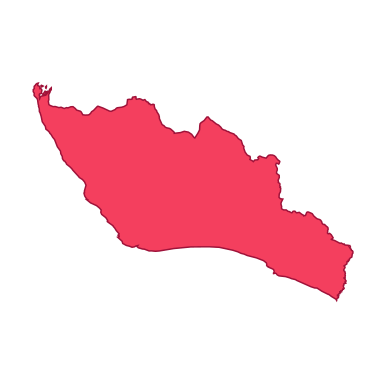 Jembrana, Bali, Indonesia, rotated 3°
{"feature_id": "22746128B85592790675198", "entity_name": "Jembrana", "entity_type": "district", "adm_level": 2, "iso_a3": "IDN", "parent_name": "Indonesia", "parent_adm1": "Bali", "projection": "orthographic", "projection_center": [114.641, -8.314], "detail": "fine", "context": "isolated", "style": "filled", "palette": "rose", "viewbox_px": 384, "rotation_deg": 3, "n_neighbors": 0, "source": "geoboundaries", "source_scale": "gbopen_adm2", "svg_char_len": 5978}
<svg xmlns="http://www.w3.org/2000/svg" viewBox="0 0 384 384"><g transform="rotate(3 192 192)"><path d="M45.0,99.7L45.1,98.8L46.1,97.2L46.0,95.3L44.7,96.6L43.5,99.4L40.9,103.0L36.1,104.3L35.7,104.7L35.6,105.3L34.8,106.1L35.1,106.8L35.0,107.0L34.7,105.9L35.3,105.1L34.5,104.0L34.4,102.4L34.0,102.2L34.4,102.2L35.0,101.8L35.5,101.9L36.8,101.3L36.4,100.5L36.8,98.1L36.3,97.3L35.5,96.7L35.6,96.1L34.7,96.5L34.8,95.9L34.4,95.4L34.4,94.5L32.4,93.8L32.2,93.1L32.8,91.3L31.6,91.7L30.3,92.8L29.8,93.9L29.1,94.4L28.8,95.3L29.1,97.0L28.1,98.0L28.2,100.1L29.3,101.7L29.2,103.6L29.6,104.3L32.3,106.7L33.0,108.2L33.8,112.4L34.3,113.6L34.2,114.3L35.1,116.7L35.4,119.8L36.1,120.7L37.4,124.3L38.8,129.7L42.1,134.1L42.8,136.9L45.0,138.4L46.4,139.7L47.0,140.8L48.2,141.9L50.0,144.6L52.0,146.8L55.2,153.9L58.5,158.0L59.0,160.7L60.6,163.3L60.9,165.5L61.8,166.8L62.4,167.6L63.2,167.8L64.8,169.7L65.3,170.8L68.7,173.2L70.7,175.0L71.9,176.5L78.2,182.7L78.6,183.4L82.0,185.3L84.2,187.6L85.8,190.8L84.5,196.7L84.7,198.3L84.3,198.4L84.2,198.9L85.1,201.6L87.1,204.5L87.7,204.8L87.0,205.0L91.3,208.2L97.4,210.6L100.5,212.9L101.8,214.3L102.2,214.7L102.0,217.1L103.0,219.1L107.2,222.1L109.1,224.5L109.3,225.3L108.9,225.6L109.1,226.1L115.0,229.9L115.1,230.4L116.7,232.0L118.4,234.5L121.4,237.6L121.0,238.5L120.4,239.0L121.2,239.9L121.4,239.7L121.6,240.4L120.1,241.0L124.8,244.9L125.5,247.0L129.2,248.8L132.3,249.4L135.0,250.3L137.3,249.8L138.9,248.8L140.7,248.3L140.0,249.4L141.3,250.5L145.4,251.5L147.5,251.6L152.3,253.1L154.4,252.9L158.6,253.1L162.4,252.6L176.8,249.4L193.7,246.9L206.6,246.1L212.8,245.8L222.1,245.8L235.8,248.0L241.1,249.4L244.2,250.7L247.3,251.3L250.4,252.5L259.8,254.4L267.0,256.8L269.9,258.8L270.4,260.1L270.4,261.4L270.9,262.1L271.6,262.7L272.2,262.6L272.2,262.9L272.7,263.2L276.7,264.7L277.6,265.3L278.2,267.0L278.2,267.7L277.6,268.7L277.7,269.2L279.6,268.7L280.5,269.2L281.4,270.3L283.3,271.2L289.9,271.6L294.0,272.6L295.8,273.3L300.1,274.1L300.9,274.7L315.8,280.4L319.5,281.4L321.9,281.4L326.9,284.3L333.4,287.1L333.8,287.0L336.7,289.0L341.3,291.5L342.1,292.7L342.2,292.3L341.9,291.6L343.0,290.1L343.7,289.9L343.9,288.9L343.7,288.5L342.7,288.1L342.7,287.4L343.9,287.4L343.6,286.5L343.8,286.1L344.8,285.8L344.7,285.3L345.3,285.0L344.8,284.3L344.8,283.9L346.1,283.9L345.7,283.3L345.8,282.9L347.1,282.8L347.6,281.1L348.4,281.2L349.0,280.1L348.4,279.4L348.1,278.4L348.1,277.4L348.6,276.9L348.4,276.1L348.6,275.6L350.3,275.1L349.5,273.9L350.4,273.5L350.4,272.4L349.7,271.8L349.4,270.7L348.5,270.3L348.3,269.9L349.4,269.5L349.2,269.1L349.5,267.4L349.1,266.8L349.4,265.1L348.7,263.7L348.8,263.3L347.7,262.6L347.6,261.7L348.6,259.8L348.8,259.0L347.7,257.9L350.4,255.7L350.5,253.4L351.7,253.3L351.9,252.9L351.6,252.1L352.7,251.7L352.8,251.2L352.6,250.8L353.3,249.8L355.0,248.6L355.3,245.5L355.9,244.6L355.8,243.1L355.3,242.3L354.3,242.0L354.0,240.8L353.0,240.3L352.8,239.5L352.4,239.2L353.1,238.6L352.4,237.2L351.1,237.3L351.0,237.5L350.7,237.0L347.6,237.0L346.6,235.9L346.1,236.3L343.6,235.1L342.5,235.5L337.0,233.0L333.6,232.1L333.7,231.7L334.8,231.2L335.3,230.3L333.3,227.4L331.6,226.1L330.2,226.6L329.4,225.9L329.6,223.8L329.4,223.3L329.9,222.3L329.7,220.7L329.2,220.0L327.6,218.9L327.0,218.2L326.4,218.0L326.1,217.5L324.8,217.5L323.7,216.7L322.9,214.6L321.8,213.3L320.8,212.8L318.6,212.3L317.7,211.8L315.0,209.7L313.2,207.4L312.6,207.1L309.3,205.9L308.5,205.9L307.6,206.4L306.6,209.4L306.1,209.7L305.3,209.6L304.9,210.0L304.0,209.0L302.9,208.6L300.2,206.7L297.6,207.3L297.1,207.1L295.8,205.8L294.7,205.8L293.8,206.1L293.2,207.3L292.3,207.5L290.1,206.4L288.9,206.3L287.1,205.0L284.4,205.1L282.7,204.3L282.2,203.4L282.3,201.9L281.4,199.1L281.7,197.5L283.1,194.3L280.6,194.1L279.2,192.8L279.2,190.3L279.3,189.2L280.3,187.2L280.4,183.7L279.6,182.8L280.1,182.3L279.3,181.4L279.4,179.6L279.2,178.9L277.7,178.0L277.8,177.1L277.4,175.8L278.4,173.0L278.2,170.8L275.5,169.0L275.4,167.4L276.0,165.6L275.9,164.0L274.1,160.6L274.7,158.9L276.0,159.0L277.0,159.6L277.4,159.3L278.1,157.1L277.8,156.5L276.7,155.9L274.9,154.2L273.7,152.5L272.2,151.4L270.5,150.9L268.3,150.9L266.9,151.2L266.2,151.7L264.2,154.3L260.3,153.5L258.4,152.7L257.4,152.7L256.2,153.8L256.0,154.2L256.8,155.2L256.1,156.2L255.9,156.4L253.0,156.8L251.6,158.5L250.6,157.7L248.1,156.5L248.5,155.2L248.1,153.4L245.2,152.2L242.9,149.3L241.3,145.4L241.5,143.8L240.1,142.3L238.5,138.0L235.5,136.3L233.3,133.7L231.7,132.8L230.9,131.9L226.2,130.5L225.5,129.8L223.8,129.6L222.2,128.7L220.0,128.2L218.5,127.3L217.4,125.8L215.1,123.8L212.7,122.8L208.6,119.8L206.8,119.1L204.1,116.2L202.9,116.4L200.4,120.0L197.4,122.3L196.5,123.4L196.3,125.4L196.3,129.6L194.7,133.2L192.0,137.9L191.1,137.4L188.6,134.4L185.3,132.4L181.1,131.8L177.3,133.3L171.2,134.3L171.2,133.5L170.6,132.8L167.6,130.4L166.3,129.7L163.2,129.2L161.7,128.5L160.5,127.2L158.8,126.4L158.4,125.9L155.6,120.4L155.4,118.5L154.7,116.5L152.7,113.7L152.4,112.6L150.7,110.9L149.8,108.2L149.8,107.0L149.4,106.6L148.4,106.4L148.2,106.7L146.0,107.0L145.1,106.0L144.6,106.2L144.5,105.8L143.8,105.5L143.7,104.9L143.1,104.4L142.1,104.3L141.6,103.9L140.1,102.2L139.5,102.3L138.4,103.0L136.0,101.9L134.6,101.6L131.6,102.3L131.2,101.5L131.1,100.0L130.8,99.7L127.7,100.4L127.3,101.5L127.5,102.1L126.4,102.7L124.3,102.7L122.8,103.1L122.4,108.3L119.8,110.1L117.4,111.0L112.9,111.8L112.0,112.4L110.9,113.7L107.0,115.7L105.3,115.5L98.7,112.8L93.8,111.3L93.1,111.4L89.4,115.7L87.5,117.1L86.7,118.6L85.3,120.1L84.3,120.5L81.3,120.8L78.9,120.6L77.2,117.9L76.4,117.2L72.4,116.2L71.2,114.8L68.7,113.0L66.6,113.2L63.7,114.5L62.3,114.3L60.0,115.3L56.8,114.2L54.7,114.7L51.0,113.8L48.8,114.0L45.8,113.0L44.5,112.2L43.8,108.9L44.2,107.4L43.9,103.2L43.6,102.7L45.0,99.7ZM40.0,99.0L37.9,102.6L38.1,103.2L38.6,103.2L39.8,102.5L41.4,101.0L42.3,99.5L42.2,99.2L41.3,100.0L40.7,100.1L40.6,99.8L41.1,99.4L40.0,99.0ZM37.8,94.0L36.0,93.3L35.7,93.6L35.9,94.2L36.5,94.6L37.4,94.5L37.8,94.0ZM41.0,94.3L41.0,93.9L40.2,94.7L40.6,96.0L40.8,96.1L41.2,94.5L41.0,94.3Z" fill="#f43f5e" stroke="#9f1239" stroke-width="1.5"/></g></svg>